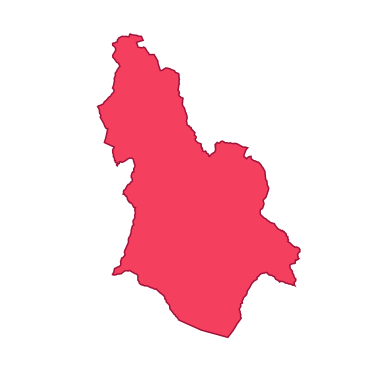 Sekyere Central, Ashanti, Ghana, rotated 113°
{"feature_id": "2480657B47319682331963", "entity_name": "Sekyere Central", "entity_type": "district", "adm_level": 2, "iso_a3": "GHA", "parent_name": "Ghana", "parent_adm1": "Ashanti", "projection": "orthographic", "projection_center": [-1.176, 7.217], "detail": "fine", "context": "isolated", "style": "filled", "palette": "rose", "viewbox_px": 384, "rotation_deg": 113, "n_neighbors": 0, "source": "geoboundaries", "source_scale": "gbopen_adm2", "svg_char_len": 6000}
<svg xmlns="http://www.w3.org/2000/svg" viewBox="0 0 384 384"><g transform="rotate(113 192 192)"><path d="M180.7,292.0L181.0,281.0L184.1,281.6L186.9,280.2L188.6,278.7L190.1,278.3L191.3,276.5L193.1,275.7L193.4,275.2L193.2,274.7L194.4,274.3L194.8,273.5L194.4,272.7L194.7,271.7L195.8,271.5L196.0,272.0L196.6,272.1L197.1,271.1L195.3,271.0L194.1,270.1L192.8,270.6L192.0,269.9L192.3,268.8L191.4,267.3L188.5,265.0L186.7,264.1L184.9,262.3L184.5,261.0L184.5,259.4L184.8,258.9L187.3,257.1L188.2,256.1L188.7,256.0L189.7,254.8L191.2,254.5L193.5,254.7L196.2,253.4L196.6,254.4L197.8,254.6L200.8,254.3L202.5,253.5L202.7,252.4L205.3,251.3L205.7,251.3L206.9,252.3L208.8,252.4L210.1,253.8L211.2,253.9L212.0,254.3L215.5,254.3L217.0,255.4L218.4,255.3L220.0,254.3L220.8,254.6L220.8,253.8L220.5,253.4L221.4,251.9L221.3,251.6L221.7,251.2L221.8,250.3L222.8,249.2L224.2,248.4L225.2,246.8L225.1,246.5L225.7,246.2L225.6,245.4L226.2,244.7L225.9,243.3L226.3,242.6L228.9,239.6L228.4,237.9L229.0,237.7L229.9,238.0L231.5,237.4L232.8,236.1L235.9,235.6L237.8,234.5L241.7,235.0L243.6,234.0L245.0,232.7L245.9,233.5L246.9,233.6L251.0,233.0L253.0,232.2L255.3,232.1L255.9,231.8L259.0,232.3L260.4,232.1L263.3,230.8L272.5,231.0L273.9,230.7L276.2,228.9L279.3,230.0L280.4,231.0L282.3,230.6L283.7,230.7L286.0,229.4L287.7,229.1L289.5,230.4L290.6,231.6L291.3,231.9L292.7,233.4L295.9,232.7L299.1,232.9L299.1,232.1L298.7,231.5L298.6,230.6L297.5,229.2L296.7,228.8L296.0,227.0L295.3,226.3L295.1,225.4L290.8,223.0L289.8,220.9L289.7,219.9L288.6,218.8L289.4,212.9L289.2,211.3L289.6,209.7L290.3,209.0L294.2,207.4L295.2,205.8L296.2,205.2L297.1,203.3L297.1,201.2L296.6,200.3L297.0,199.3L295.9,196.6L296.1,192.4L295.8,190.6L296.0,189.2L295.8,187.8L295.3,187.0L297.4,181.6L297.8,179.4L298.2,178.7L298.2,177.8L299.7,175.9L301.1,175.1L301.6,173.7L303.2,172.7L304.8,168.9L305.7,168.0L307.8,166.9L308.7,166.0L309.0,164.9L311.6,160.6L311.8,159.3L312.7,158.4L313.5,156.0L315.0,154.0L315.5,129.2L311.8,102.2L303.2,100.0L295.5,98.9L288.9,97.4L287.7,98.6L285.6,99.3L284.5,100.4L282.7,101.4L282.2,102.3L281.5,102.7L277.9,102.4L276.8,103.3L276.1,103.5L274.5,102.2L273.0,103.2L270.3,103.1L269.1,103.3L265.8,101.9L264.2,101.7L262.5,102.2L260.8,102.3L257.6,101.6L253.4,101.3L249.8,100.2L247.2,98.2L246.5,98.1L245.1,98.9L243.6,97.8L240.8,97.0L239.3,95.4L238.2,93.5L237.3,92.6L236.8,91.5L237.7,90.6L237.7,89.8L238.3,88.6L237.9,87.5L238.0,86.8L237.4,85.9L238.0,84.0L237.6,83.1L237.8,82.7L239.0,81.8L239.6,80.7L239.7,78.1L240.6,76.3L239.6,75.9L239.7,75.3L239.0,73.9L238.9,71.4L239.4,70.4L238.7,68.8L238.9,67.2L238.1,64.3L238.5,63.4L238.2,62.2L237.8,61.7L237.9,60.9L236.8,62.2L236.3,62.1L235.3,62.6L233.4,61.8L231.4,62.5L231.1,63.8L230.4,64.7L228.2,66.4L228.1,67.0L227.4,67.7L225.6,68.7L224.1,71.6L221.4,73.4L219.9,72.7L218.8,71.6L217.6,69.5L217.0,69.2L215.5,70.0L214.5,69.6L214.1,70.0L213.8,69.0L212.1,67.7L211.4,67.6L211.4,68.4L210.6,69.0L210.1,69.0L209.9,69.5L208.9,70.1L208.4,70.0L208.0,70.5L206.4,70.3L205.3,69.5L204.7,69.8L204.4,69.5L202.8,70.2L202.0,71.4L201.7,72.7L201.8,74.5L202.8,75.6L202.2,76.4L202.3,77.5L200.7,81.5L200.0,84.6L198.4,84.4L197.3,85.9L196.8,85.8L195.7,86.4L195.6,88.0L194.9,88.5L194.3,88.5L193.4,89.6L193.1,91.2L192.5,91.7L192.7,92.6L192.4,92.9L192.7,93.5L192.2,94.1L192.6,94.3L192.8,95.3L192.5,95.7L192.3,98.5L190.4,102.1L189.0,103.8L189.5,108.3L188.9,109.3L188.9,110.4L187.8,113.9L187.7,115.6L186.1,119.9L184.4,121.3L181.4,122.1L180.0,120.9L179.2,120.7L175.4,121.0L174.0,121.5L172.9,122.7L171.6,123.1L170.7,123.0L168.4,122.0L167.4,121.9L160.1,122.5L158.3,123.0L156.1,125.5L152.5,127.4L151.9,128.8L151.3,129.3L144.5,133.0L141.6,136.6L141.5,137.3L140.0,139.2L138.5,142.4L138.9,143.2L138.7,146.0L139.0,147.6L138.5,149.8L137.6,151.0L136.1,151.5L137.0,153.1L137.4,153.1L137.7,153.8L140.1,154.8L139.4,156.4L139.1,158.1L137.6,158.6L132.8,158.8L130.9,158.5L129.6,158.0L129.8,160.4L130.7,162.3L130.0,169.8L130.5,171.5L131.7,173.9L131.8,176.1L132.8,177.1L132.9,178.5L133.8,181.3L133.2,182.7L133.5,184.3L134.2,185.1L136.3,185.8L136.6,186.3L136.5,188.2L139.1,189.2L139.3,188.8L139.7,189.1L140.2,188.9L140.7,188.5L140.8,188.1L142.2,187.9L143.2,186.9L146.2,186.6L149.3,188.7L152.4,189.8L152.5,190.1L152.1,190.8L151.0,191.4L150.6,192.4L150.5,194.0L149.7,194.5L149.0,195.5L150.2,197.1L150.0,198.3L148.4,199.0L148.0,199.9L147.5,199.9L147.4,200.6L145.5,201.9L144.4,202.2L144.1,202.6L144.4,205.7L143.5,208.3L142.7,209.4L141.9,209.8L141.1,209.4L139.8,209.6L139.7,209.9L139.3,210.0L138.6,212.1L136.1,212.6L135.5,214.4L134.6,216.1L134.8,216.9L133.3,217.7L133.0,218.3L133.3,219.1L132.3,220.3L132.6,221.0L131.9,223.0L130.6,223.5L128.8,224.9L126.0,225.3L123.7,226.5L123.1,227.3L121.9,228.0L121.3,228.9L117.7,231.8L116.0,234.5L114.0,235.6L112.6,235.8L112.1,236.3L109.3,236.8L109.1,237.1L109.2,239.0L108.6,241.1L107.4,242.4L106.1,242.1L105.1,242.7L104.1,243.7L104.0,244.5L99.4,245.7L99.0,246.1L97.5,245.8L96.6,246.7L95.1,247.1L94.6,247.6L93.4,247.5L92.7,248.2L91.5,248.6L90.6,249.6L89.7,249.5L88.5,250.2L88.2,251.7L88.4,252.2L88.4,254.1L87.5,255.0L87.2,256.0L87.4,258.7L87.2,260.4L87.5,262.8L88.2,264.8L91.9,267.2L92.5,268.7L86.6,273.8L84.9,274.5L80.3,280.6L82.2,285.1L81.1,286.2L79.9,288.6L77.9,291.1L77.4,293.0L78.8,294.2L79.8,298.2L75.9,301.6L71.5,296.2L68.5,299.4L69.4,301.8L69.4,304.1L70.7,308.3L70.7,310.7L71.4,310.9L73.6,310.7L74.2,311.5L74.3,313.1L75.4,315.2L75.8,316.9L78.7,319.5L81.4,320.1L82.0,319.6L83.4,319.7L83.9,320.6L85.6,321.9L85.6,322.6L86.3,323.1L88.0,322.3L88.6,319.8L89.3,318.8L91.4,317.6L97.0,318.4L98.9,317.5L100.1,314.9L102.0,312.0L102.2,309.7L103.4,308.8L104.5,307.4L106.4,308.1L109.3,308.6L110.4,308.5L112.5,309.1L115.1,307.9L118.0,308.0L119.9,306.7L120.8,306.8L122.0,306.3L125.2,305.8L127.4,305.8L128.1,304.2L128.9,303.3L131.1,303.2L133.3,304.2L135.4,304.3L137.3,305.6L141.6,306.9L143.0,307.9L145.6,308.1L148.3,310.5L149.2,311.7L150.2,312.3L152.4,309.5L155.5,307.9L157.1,305.7L158.9,305.8L159.3,305.4L163.1,300.3L165.6,297.9L167.0,296.0L167.0,295.1L166.6,294.3L175.1,292.6L180.7,292.0Z" fill="#f43f5e" stroke="#9f1239" stroke-width="1.5"/></g></svg>